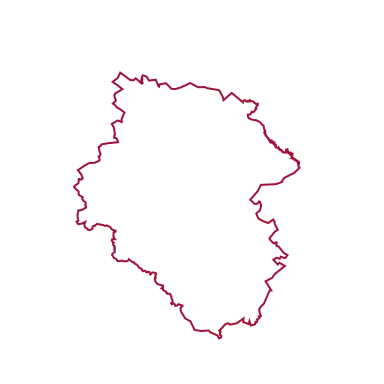 Amajuba, KwaZulu-Natal, South Africa (Equal Earth projection), rotated 306°
{"feature_id": "47623444B66034573524186", "entity_name": "Amajuba", "entity_type": "district", "adm_level": 2, "iso_a3": "ZAF", "parent_name": "South Africa", "parent_adm1": "KwaZulu-Natal", "projection": "equal_earth", "projection_center": [30.451, -27.741], "detail": "fine", "context": "isolated", "style": "outline", "palette": "rose", "viewbox_px": 384, "rotation_deg": 306, "n_neighbors": 0, "source": "geoboundaries", "source_scale": "gbopen_adm2", "svg_char_len": 6026}
<svg xmlns="http://www.w3.org/2000/svg" viewBox="0 0 384 384"><g transform="rotate(306 192 192)"><path d="M250.9,79.6L247.9,79.0L246.3,76.1L246.4,63.8L240.6,64.9L234.4,63.1L234.6,68.6L234.3,75.2L226.4,71.9L224.2,72.6L221.1,76.8L217.1,76.0L216.9,79.7L216.3,80.9L216.7,85.7L216.6,90.7L209.8,92.1L207.3,94.0L206.1,89.8L199.9,87.1L198.3,90.8L195.8,93.3L193.3,95.9L192.3,95.8L190.1,97.2L190.9,98.4L190.7,100.4L188.8,102.9L182.3,95.6L177.2,90.7L175.6,91.1L173.4,90.0L170.2,93.7L169.0,95.7L167.6,96.3L165.8,95.6L164.5,97.8L162.8,98.6L158.5,96.1L155.1,91.9L150.4,89.7L142.6,86.8L141.1,92.1L138.9,95.4L138.7,95.2L137.1,95.3L136.4,94.3L136.4,93.3L136.1,92.9L135.4,93.0L134.5,93.9L132.3,94.9L128.2,93.5L126.9,93.5L125.9,96.6L126.1,98.4L125.6,100.3L123.8,101.2L123.2,102.4L123.4,106.7L122.4,107.0L121.7,107.6L121.6,108.5L121.1,109.0L121.1,111.8L120.0,113.0L118.6,113.2L118.0,115.0L116.9,115.4L115.2,114.4L113.4,113.9L110.5,111.4L110.4,110.9L105.6,113.1L101.9,116.9L100.1,116.1L99.1,118.9L101.4,121.2L105.0,123.2L103.5,123.6L102.9,123.3L100.6,126.1L100.7,129.2L100.3,130.2L101.0,131.5L103.5,133.1L105.8,131.8L107.3,132.8L107.6,133.4L108.2,133.3L110.4,133.9L110.4,134.5L111.8,136.5L111.9,137.7L113.0,139.1L113.2,141.0L114.0,142.2L114.9,142.7L115.6,146.5L114.9,148.0L114.7,150.3L115.8,152.8L115.0,153.5L113.6,152.4L112.9,152.5L110.5,154.1L110.1,154.8L109.2,155.1L108.5,157.4L106.7,155.2L105.6,155.6L104.9,157.3L104.9,158.5L104.2,158.3L103.2,158.8L102.5,160.7L102.7,161.0L102.3,161.7L101.5,162.4L101.0,162.0L100.0,162.8L100.3,163.1L98.1,164.8L95.4,164.0L94.1,164.3L93.3,166.6L92.7,167.5L93.3,170.1L92.4,172.0L92.5,172.8L94.1,174.7L95.3,175.4L95.6,175.9L95.6,177.2L97.3,179.6L98.5,180.4L99.6,180.7L100.4,180.5L100.3,185.4L101.1,186.6L100.6,187.0L100.3,188.0L100.7,189.1L100.5,191.5L99.6,193.7L100.3,196.5L99.2,197.6L99.3,199.1L99.8,199.2L100.8,200.4L100.2,201.4L100.5,202.7L101.2,202.8L102.2,204.7L101.0,206.1L100.8,206.9L103.5,207.2L104.4,208.4L105.0,210.3L104.6,211.4L103.3,211.6L103.1,211.3L101.9,212.1L101.4,213.0L100.6,212.4L99.4,213.3L99.1,214.1L98.1,214.8L97.9,216.0L97.4,216.9L97.3,218.8L98.0,220.0L98.8,222.9L99.3,223.5L98.5,224.4L96.1,224.0L96.6,225.6L95.6,226.5L96.1,229.3L95.8,230.7L95.2,230.8L95.2,232.0L96.0,232.8L96.7,234.1L95.0,237.1L94.2,237.7L93.0,239.9L91.4,241.1L89.9,240.4L89.3,241.6L90.1,241.9L91.2,243.4L90.1,245.5L91.5,246.7L93.3,247.0L94.1,250.0L94.6,250.9L94.0,251.5L93.4,250.9L92.0,251.2L91.3,250.9L88.8,253.4L85.7,261.0L86.5,266.7L81.9,275.2L85.0,281.2L89.8,286.9L89.2,289.3L90.9,296.7L89.5,300.0L91.4,301.0L92.9,300.1L92.7,299.0L94.2,297.3L95.7,297.3L95.8,295.5L98.7,296.1L104.5,296.6L105.2,297.0L106.7,298.0L107.3,299.5L107.0,300.7L112.1,305.4L120.0,308.0L116.9,309.8L118.5,315.6L121.3,314.4L118.6,318.2L122.1,320.8L124.3,319.7L124.7,320.9L126.8,320.3L127.1,319.5L129.3,320.5L130.4,320.4L130.7,319.2L132.2,320.5L133.2,318.8L136.1,315.5L139.1,315.0L143.9,315.8L157.9,312.7L159.0,314.0L163.0,304.0L169.7,307.3L174.5,307.2L186.7,310.6L186.1,304.2L183.8,304.1L185.0,297.6L188.5,299.0L189.5,302.2L191.9,301.8L192.7,305.0L193.5,306.3L197.2,306.3L196.6,302.1L198.8,294.1L198.2,292.0L198.6,291.3L200.7,290.5L200.6,289.3L198.4,288.4L199.1,284.0L200.0,281.9L208.3,282.3L211.8,283.6L214.8,277.6L216.6,276.3L216.5,275.9L217.5,273.8L211.7,272.0L209.9,265.0L209.6,261.2L212.3,256.7L217.1,257.7L221.8,256.0L222.9,254.1L224.0,252.8L223.8,251.8L222.4,251.9L220.2,251.3L219.8,250.9L219.2,249.2L220.0,243.7L231.6,244.7L238.3,243.6L247.7,255.3L252.7,258.7L252.8,258.4L257.8,258.4L267.6,263.5L275.6,264.9L274.9,264.4L275.1,263.7L274.9,263.7L275.9,262.4L277.3,262.1L277.2,261.4L278.4,261.6L278.8,261.3L277.9,260.3L278.4,259.0L278.7,258.9L279.1,259.3L279.1,257.6L278.4,257.2L279.0,256.3L278.5,256.0L278.5,255.7L278.2,255.4L278.9,254.7L278.8,254.4L278.4,254.4L278.6,254.3L278.4,254.0L278.6,253.9L278.3,253.5L278.7,253.3L278.5,253.0L278.9,253.2L279.2,252.8L278.9,252.3L279.7,251.5L279.7,251.0L280.8,251.5L281.4,249.9L281.7,249.5L281.9,249.7L281.8,249.0L281.5,248.8L281.7,248.4L281.4,248.2L280.9,248.6L281.1,247.3L280.6,247.0L280.4,247.2L280.5,246.8L280.2,246.9L280.0,246.3L280.3,246.5L280.5,245.6L281.3,245.8L281.6,244.7L282.1,244.7L282.3,244.0L282.5,243.9L281.5,243.2L281.0,243.9L279.9,244.1L279.8,244.3L278.7,243.7L278.4,243.9L277.9,243.1L277.9,242.3L277.7,242.6L277.5,242.1L277.7,241.4L278.2,241.1L278.0,240.9L278.5,239.8L278.0,239.5L278.2,238.9L277.9,238.4L278.4,238.1L278.3,237.3L278.5,236.8L278.2,236.8L278.8,236.0L278.1,236.1L277.8,235.6L278.0,233.7L277.7,233.6L278.1,233.1L277.7,232.5L278.0,232.2L279.4,232.3L279.5,231.5L278.9,230.5L280.0,229.8L279.6,229.7L279.6,229.1L280.0,229.0L279.7,229.0L279.9,228.8L279.7,228.5L279.1,228.7L279.3,228.5L279.1,228.1L279.3,227.8L279.0,227.9L278.9,226.7L278.3,226.7L278.0,226.3L278.4,226.5L278.7,226.2L278.3,226.2L278.4,225.6L279.0,225.7L279.2,225.3L279.3,225.9L280.1,226.4L280.0,226.0L280.3,225.7L280.0,225.0L279.0,224.6L279.8,223.9L279.8,223.5L279.6,223.4L279.8,222.7L280.3,222.7L280.5,222.4L280.3,220.7L280.5,220.2L281.0,219.9L281.1,218.7L280.9,218.4L281.6,217.4L282.1,217.5L282.0,216.7L282.4,215.7L283.4,216.2L284.2,215.6L284.4,215.2L284.2,214.9L284.8,214.7L285.3,213.4L287.7,210.9L287.7,209.6L288.5,205.1L288.0,203.9L287.9,201.5L287.1,200.9L285.5,197.0L285.4,195.4L285.1,195.0L285.3,194.8L285.3,193.9L286.0,192.9L287.4,191.7L287.7,192.4L289.4,193.6L289.8,193.3L291.3,193.5L292.1,193.1L292.5,193.9L292.5,194.4L293.8,195.2L295.3,194.6L296.7,195.4L297.3,194.9L297.4,194.2L297.8,193.9L301.1,194.1L302.1,193.4L300.8,192.2L301.0,191.3L300.7,189.9L301.2,188.8L300.7,187.0L299.9,186.3L300.4,185.4L300.2,184.6L299.2,185.0L298.1,184.4L298.2,183.5L297.2,183.0L297.5,181.0L297.0,180.4L295.7,180.1L294.5,180.7L295.5,165.9L284.8,163.5L286.8,161.4L290.3,154.1L284.9,143.1L284.5,140.8L280.3,135.3L279.1,126.5L270.2,121.6L265.6,118.1L263.4,114.7L264.7,107.0L260.1,102.6L257.9,103.5L257.8,102.8L261.5,96.7L256.9,91.7L258.6,87.6L257.6,83.8L255.7,83.7L254.9,84.7L254.0,84.7L254.3,85.4L252.8,86.0L252.2,85.7L252.1,86.7L251.1,88.1L250.1,87.7L250.9,79.6Z" fill="none" stroke="#9f1239" stroke-width="2"/></g></svg>